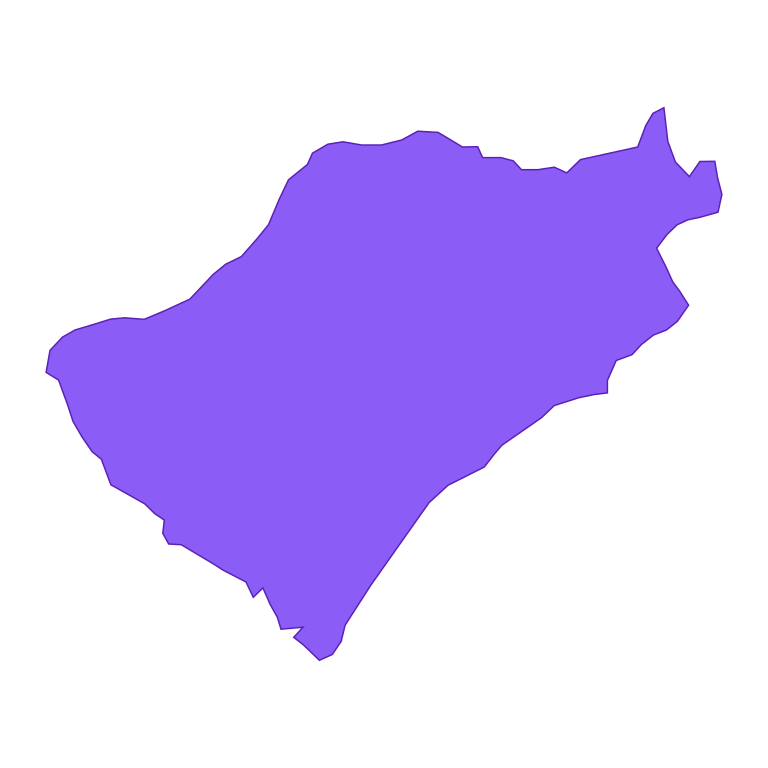 Orobó, Pernambuco, Brazil
{"feature_id": "56859067B28170275518336", "entity_name": "Orobó", "entity_type": "district", "adm_level": 2, "iso_a3": "BRA", "parent_name": "Brazil", "parent_adm1": "Pernambuco", "projection": "albers", "projection_center": [-35.592, -7.713], "detail": "fine", "context": "isolated", "style": "filled", "palette": "violet", "viewbox_px": 768, "rotation_deg": 0, "n_neighbors": 0, "source": "geoboundaries", "source_scale": "gbopen_adm2", "svg_char_len": 1382}
<svg xmlns="http://www.w3.org/2000/svg" viewBox="0 0 768 768"><path d="M288.5,179.8L279.2,199.3L268.5,224.7L257.2,238.6L241.3,256.6L225.7,264.2L213.2,274.4L189.9,299.1L164.3,310.9L144.2,319.3L124.6,317.8L110.7,319.1L94.0,324.3L75.2,329.9L62.5,337.1L50.0,350.4L46.1,372.4L58.6,380.1L67.6,404.8L73.0,421.3L81.8,436.6L92.1,451.7L101.4,459.3L110.9,484.8L144.7,503.8L154.7,513.6L164.3,520.1L162.8,533.4L168.7,544.0L181.2,544.7L213.2,563.8L223.2,570.2L246.0,582.0L253.3,597.3L262.9,587.9L270.2,604.5L277.3,617.1L281.0,629.2L303.0,627.2L293.7,637.3L303.5,645.0L319.4,660.3L332.4,654.4L341.2,641.3L345.1,625.2L370.8,585.2L419.9,515.6L429.2,502.5L448.1,485.2L484.3,467.0L494.3,454.1L501.9,445.2L541.6,417.6L554.3,405.5L578.5,397.8L593.7,394.6L607.4,392.9L607.4,380.5L616.2,360.5L632.1,354.6L641.4,344.5L653.4,335.1L666.6,329.9L677.4,321.3L688.6,305.2L679.8,291.4L672.7,281.8L666.1,267.2L656.6,248.2L667.1,234.4L677.1,224.8L687.9,219.8L700.6,217.1L718.0,212.2L721.9,194.4L717.5,177.4L714.8,161.3L699.9,161.5L689.4,176.6L675.4,162.0L667.8,141.3L663.9,107.7L652.9,113.4L645.8,125.5L637.7,147.0L580.5,159.6L566.8,172.9L554.3,167.2L537.9,169.7L521.5,169.7L513.2,160.8L500.7,157.6L482.6,157.6L477.7,146.7L462.5,147.0L438.1,132.4L417.8,131.2L401.6,140.0L381.5,145.0L361.5,145.0L343.1,141.8L327.9,144.2L312.5,153.1L307.4,164.5L288.5,179.8Z" fill="#8b5cf6" stroke="#5b21b6" stroke-width="1.5"/></svg>